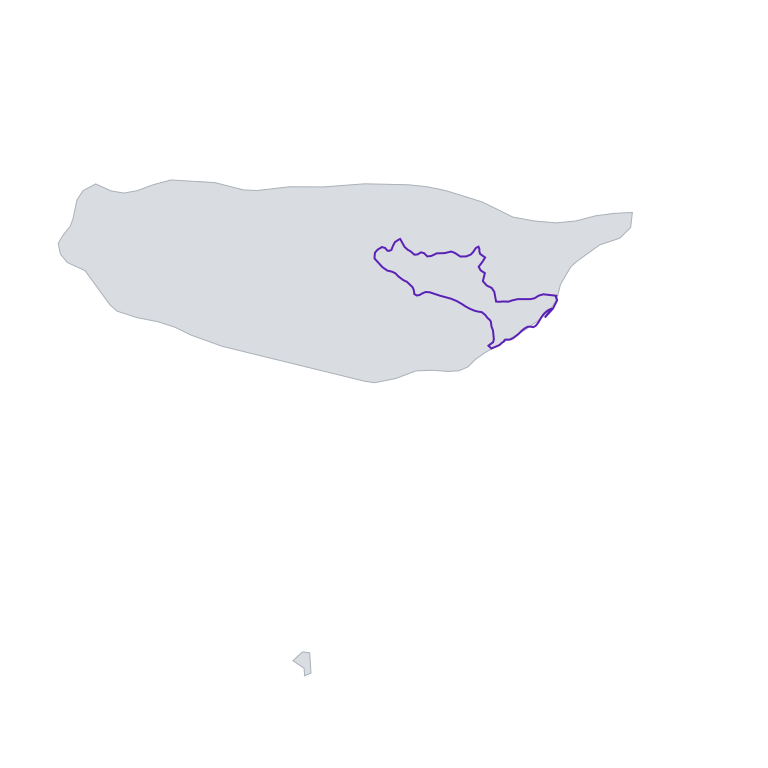 location of Kaohsiung City within Taiwan, rotated 256°
{"feature_id": "TWN-1156", "entity_name": "Kaohsiung City", "entity_type": "Special Municipality", "adm_level": 1, "iso_a3": "TWN", "parent_name": "Taiwan", "parent_adm1": "", "projection": "robinson", "projection_center": [120.587, 22.979], "detail": "fine", "context": "in_parent", "style": "outline", "palette": "violet", "viewbox_px": 768, "rotation_deg": 256, "n_neighbors": 0, "source": "natural_earth", "source_scale": "10m", "svg_char_len": 2521}
<svg xmlns="http://www.w3.org/2000/svg" viewBox="0 0 768 768"><g transform="rotate(256 384 384)"><path d="M514.9,549.3L505.9,569.0L498.7,589.9L495.8,609.6L496.0,630.0L493.9,648.3L490.4,666.5L476.2,661.2L468.5,648.2L466.8,626.9L456.5,601.1L452.7,593.8L437.9,579.3L424.5,572.2L414.1,561.5L415.5,562.4L407.8,548.1L402.0,532.8L390.0,489.5L385.9,479.0L380.3,469.5L378.7,460.0L380.6,449.5L385.8,433.8L389.0,418.0L386.5,396.5L387.5,375.2L391.4,365.8L459.7,236.1L478.2,208.5L489.6,195.0L499.1,179.7L508.2,160.3L519.2,142.7L527.2,137.2L566.2,121.4L578.4,106.2L588.2,101.5L599.2,101.8L606.4,109.0L612.8,117.6L619.5,122.2L636.8,130.6L644.4,138.7L647.9,152.6L637.4,165.9L632.2,177.8L631.3,191.0L633.2,208.8L633.5,226.7L620.3,268.7L606.2,294.8L602.4,307.9L598.2,340.2L589.9,372.7L582.9,413.8L571.3,456.2L564.8,473.9L556.6,490.9L537.1,523.0L514.9,549.3ZM137.5,228.7L143.8,240.0L141.1,246.9L121.2,243.2L120.1,236.4L127.6,237.7L137.5,228.7Z" fill="#d9dde1" stroke="#a8b0b8" stroke-width="1"/><path d="M428.0,572.4L426.6,571.8L425.7,571.8L424.7,572.2L423.5,572.3L416.3,566.2L409.6,556.1L416.7,565.2L415.8,560.8L414.7,558.5L413.7,556.6L410.8,553.0L405.8,548.0L403.9,545.5L403.0,542.7L404.2,540.0L404.8,537.6L404.0,534.2L402.5,530.8L399.8,526.3L397.2,520.3L396.7,517.6L396.7,515.9L397.5,513.7L397.7,512.3L397.4,511.5L396.7,511.0L396.0,510.2L395.7,508.8L394.1,506.0L393.7,504.8L392.5,496.8L395.9,494.6L396.0,494.8L398.2,500.0L400.8,501.4L409.5,502.7L414.1,502.2L418.7,502.8L421.0,501.9L423.0,500.4L426.6,498.9L430.1,496.2L431.4,493.0L433.0,489.9L436.0,485.8L439.4,482.0L442.9,478.8L447.0,474.5L450.6,469.6L456.2,459.6L461.9,450.6L463.2,446.7L462.6,442.8L461.8,440.2L461.9,437.3L463.9,435.2L467.7,435.6L470.9,435.2L477.7,430.9L480.2,427.8L484.6,424.2L488.8,421.7L491.2,418.7L493.2,414.7L497.8,410.7L508.0,405.2L510.4,405.8L513.7,407.1L516.0,410.5L516.3,411.7L517.4,415.1L515.7,418.0L512.6,419.5L511.9,421.4L512.4,423.7L515.5,425.8L519.0,428.9L520.6,433.4L520.8,434.8L512.1,437.1L508.5,439.5L506.4,441.8L502.1,444.8L501.6,448.1L502.8,451.6L501.3,454.5L497.3,456.9L496.8,460.9L498.0,466.8L496.3,474.6L496.3,481.2L493.9,484.6L489.2,488.9L487.9,494.7L488.6,499.5L490.3,502.2L493.7,506.0L494.4,508.9L492.3,509.2L492.2,509.2L489.3,508.6L487.0,508.7L482.3,512.7L479.0,509.4L474.8,504.2L470.8,505.3L467.2,508.7L459.9,504.8L454.7,507.5L451.2,511.7L446.8,513.3L436.9,512.7L435.9,515.6L435.2,519.8L433.8,524.5L434.1,528.6L434.0,534.2L430.9,546.8L430.8,551.0L432.3,555.4L432.5,560.3L428.0,572.4Z" fill="none" stroke="#5b21b6" stroke-width="2"/></g></svg>